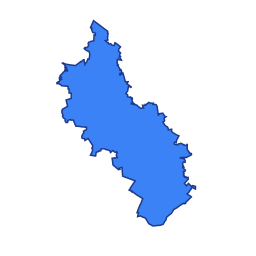 outline of Las Margaritas, Chiapas, Mexico, rotated 217°
{"feature_id": "50627088B80831055738102", "entity_name": "Las Margaritas", "entity_type": "district", "adm_level": 2, "iso_a3": "MEX", "parent_name": "Mexico", "parent_adm1": "Chiapas", "projection": "mercator", "projection_center": [-91.688, 16.374], "detail": "fine", "context": "isolated", "style": "filled", "palette": "blue", "viewbox_px": 256, "rotation_deg": 217, "n_neighbors": 0, "source": "geoboundaries", "source_scale": "gbopen_adm2", "svg_char_len": 5813}
<svg xmlns="http://www.w3.org/2000/svg" viewBox="0 0 256 256"><g transform="rotate(217 128 128)"><path d="M202.4,193.0L220.1,193.0L218.4,185.7L217.2,185.9L217.5,185.5L213.6,183.0L212.7,183.6L211.1,184.1L209.9,182.3L211.1,181.9L207.8,177.1L209.6,175.0L211.0,172.7L210.8,171.8L210.7,171.4L209.7,170.8L209.3,170.2L208.9,168.7L209.1,168.0L209.7,167.0L210.2,166.5L210.7,166.6L210.9,165.2L210.5,165.0L209.0,164.9L207.1,165.0L205.2,165.7L202.9,163.9L200.5,159.7L201.6,159.1L200.7,155.8L201.0,154.3L200.7,152.9L203.5,155.3L204.2,156.1L204.7,155.6L205.2,152.6L205.7,152.7L207.5,146.3L212.5,143.4L216.9,141.2L218.9,141.0L219.4,140.2L219.1,140.1L218.1,140.6L216.0,139.9L215.4,139.9L215.0,139.6L215.1,138.9L215.0,138.7L214.3,139.4L213.7,139.4L213.5,139.2L213.4,138.9L214.1,138.0L213.4,137.0L213.0,136.8L212.7,136.9L212.7,137.3L212.9,138.1L212.5,138.3L211.4,137.9L211.0,137.6L210.7,137.1L210.9,136.7L211.5,136.4L212.1,136.2L213.0,136.3L213.3,136.3L213.3,136.1L212.8,135.1L213.2,133.7L213.3,132.7L213.4,130.7L213.7,129.7L213.7,129.0L213.6,128.4L213.1,128.3L211.7,128.6L211.6,128.4L212.4,127.8L213.0,127.0L213.0,126.6L212.5,126.4L210.3,126.8L210.4,126.5L211.5,126.2L212.0,125.8L211.9,125.4L211.1,125.1L210.9,124.7L211.0,124.4L210.9,123.6L211.4,123.2L211.8,122.2L212.0,121.2L211.9,121.0L211.4,120.8L211.2,121.0L211.1,120.9L210.6,121.9L210.2,121.6L209.8,122.0L209.4,121.8L207.3,122.0L206.4,121.8L200.9,125.2L199.3,123.1L198.4,123.6L196.2,120.5L194.2,121.6L191.2,117.4L194.3,113.1L189.2,108.9L189.4,108.6L191.7,103.4L191.3,103.0L191.3,102.4L191.0,101.8L189.8,100.3L187.9,99.4L187.7,99.0L187.6,98.2L187.4,98.1L185.8,97.2L183.6,97.2L183.0,97.0L182.8,96.6L182.7,96.1L182.0,95.4L181.6,95.3L180.6,95.2L180.2,95.4L179.7,96.0L179.7,96.7L179.9,97.1L180.2,97.5L180.6,97.8L180.1,98.7L179.0,100.1L178.4,99.9L176.3,101.5L175.5,101.0L175.3,100.7L170.8,98.1L166.8,100.6L166.2,100.7L164.9,101.6L161.6,103.6L160.8,102.8L160.8,102.4L160.2,101.5L160.4,100.8L160.9,100.4L161.4,99.6L161.6,98.6L160.4,97.6L160.4,95.5L160.1,94.0L159.1,92.6L158.7,92.3L158.3,92.2L156.3,93.4L154.9,92.1L153.5,95.6L146.0,92.9L144.4,91.0L144.8,90.2L143.1,89.3L142.4,87.6L141.6,83.7L137.0,86.1L138.8,89.5L137.5,91.2L137.7,91.9L137.0,92.2L136.2,93.3L136.4,93.7L136.2,93.8L136.8,95.3L134.2,97.3L132.9,97.4L130.4,98.5L129.3,98.8L128.5,98.7L127.2,97.9L126.6,100.9L123.7,100.8L123.1,101.3L122.8,101.6L122.8,102.1L122.3,102.1L121.9,101.8L120.9,99.0L118.7,98.0L122.5,94.3L118.1,89.9L117.9,89.5L110.6,89.0L109.6,90.1L110.3,90.3L111.4,89.6L109.3,92.9L107.7,91.4L106.7,90.1L105.5,88.9L103.3,86.3L90.5,90.1L90.0,81.5L89.6,80.7L89.9,79.5L89.7,79.0L88.0,79.4L88.0,79.6L86.5,79.3L86.8,79.9L81.2,79.8L73.8,80.5L72.2,75.1L72.1,73.7L70.9,69.2L69.8,65.8L68.7,66.8L67.0,63.0L65.0,65.4L62.8,65.6L61.1,66.3L60.5,66.4L59.3,66.3L56.5,65.2L54.8,64.4L53.4,64.1L52.2,64.2L51.6,64.5L49.8,64.6L48.7,65.1L45.7,68.0L43.8,69.6L42.0,72.2L42.4,75.7L42.4,77.7L43.3,79.5L43.4,80.4L42.0,86.2L42.4,90.4L40.9,93.8L40.0,97.0L38.4,101.3L37.8,101.2L37.0,101.8L36.8,102.2L37.3,102.2L35.9,111.1L37.2,111.2L41.1,110.8L40.7,114.1L40.9,115.2L40.8,117.5L41.1,118.2L41.6,119.0L37.4,119.8L38.9,122.0L41.8,120.8L42.0,119.6L46.4,120.1L46.5,117.0L49.6,117.7L49.1,123.4L50.2,124.7L50.8,124.2L51.2,123.7L51.3,123.9L51.6,123.7L51.6,123.4L51.6,123.6L51.8,123.5L51.7,123.7L51.9,123.7L51.9,123.9L52.2,123.8L52.3,123.4L53.1,123.6L53.3,123.5L53.2,123.4L53.5,123.5L53.5,123.2L54.1,123.2L54.3,123.1L54.6,123.2L55.1,124.1L55.8,124.4L55.7,125.2L57.6,126.4L56.6,127.2L56.5,127.7L56.7,128.8L58.1,129.1L58.7,128.9L60.5,129.4L60.7,129.8L61.0,130.1L60.9,130.3L60.2,130.5L60.6,130.7L60.8,131.0L61.4,131.1L62.0,131.7L62.7,132.1L63.2,132.6L63.1,134.2L62.8,134.2L61.8,134.8L62.1,135.8L62.6,136.2L64.5,137.2L66.3,136.5L68.8,135.2L66.5,137.6L64.7,138.4L64.7,138.7L64.5,139.2L64.2,139.1L63.8,138.9L63.9,139.0L63.1,140.7L61.2,144.8L61.5,145.2L61.9,145.1L61.9,145.6L62.1,145.7L62.5,145.6L64.5,144.5L63.9,145.3L67.9,146.5L71.1,151.0L70.8,149.1L73.0,148.1L73.3,148.4L73.9,147.9L74.9,148.0L76.7,147.5L77.0,147.1L77.2,146.5L77.7,146.1L78.2,145.4L78.4,145.0L78.1,144.4L81.1,142.9L82.3,144.4L81.5,145.2L80.7,145.3L81.8,147.4L82.6,152.4L85.7,151.6L89.7,151.3L91.0,151.4L92.4,153.3L94.7,150.8L95.5,151.7L96.4,152.3L97.4,152.6L98.0,152.3L100.6,152.5L103.7,153.8L103.2,155.0L103.1,155.8L105.2,157.7L104.4,159.9L105.5,159.6L106.8,159.8L107.8,160.4L108.5,160.4L109.1,160.8L112.0,157.9L111.3,157.3L111.6,156.6L117.7,162.7L119.1,163.5L120.1,163.4L122.2,161.9L122.6,163.1L125.7,161.0L126.8,161.0L127.5,158.4L127.7,157.1L128.4,157.0L128.0,156.3L130.1,154.9L128.4,153.6L128.0,153.6L127.6,153.4L129.9,151.3L134.7,151.4L134.9,151.6L135.5,151.1L136.6,150.8L140.0,149.2L140.4,149.9L138.4,151.1L139.3,151.1L139.7,151.5L141.4,152.4L142.0,153.9L142.5,154.4L142.9,154.5L143.2,154.4L143.2,153.8L143.6,154.2L144.2,154.3L144.7,154.3L144.9,154.2L145.0,153.5L146.4,153.0L146.9,152.7L147.4,152.9L148.1,154.2L150.5,154.3L150.6,157.6L151.2,158.5L152.8,162.0L150.2,162.1L150.1,162.7L155.6,162.7L155.5,163.7L155.8,165.0L157.8,163.3L164.9,168.7L166.2,165.5L167.4,166.2L167.2,167.0L166.2,168.4L166.1,168.7L166.4,168.7L168.5,170.3L169.2,170.3L169.1,169.9L168.9,169.9L168.7,169.6L169.1,169.3L169.3,169.3L171.0,170.7L171.8,170.9L173.1,171.6L173.4,172.1L173.7,171.5L174.1,171.5L174.3,171.6L174.3,172.1L174.6,172.8L175.3,173.0L175.7,173.4L176.2,173.6L176.4,174.6L177.1,175.3L177.8,176.5L177.6,176.8L177.4,176.6L174.0,178.2L174.6,178.6L177.6,179.4L176.9,180.5L178.7,181.2L179.1,182.7L179.1,183.5L181.8,183.7L182.8,185.3L182.8,188.3L187.4,188.5L189.7,188.3L189.7,187.8L189.6,187.7L189.4,187.1L188.9,186.5L188.8,185.6L189.6,185.0L190.9,184.5L192.5,184.9L193.7,183.6L194.4,183.7L195.2,184.4L195.7,183.9L198.7,184.1L197.0,185.9L197.4,186.6L197.9,186.8L199.7,189.4L200.3,190.6L200.7,191.0L200.8,191.6L201.1,191.5L201.8,191.9L202.4,193.0Z" fill="#3b82f6" stroke="#1e3a8a" stroke-width="1.5"/></g></svg>